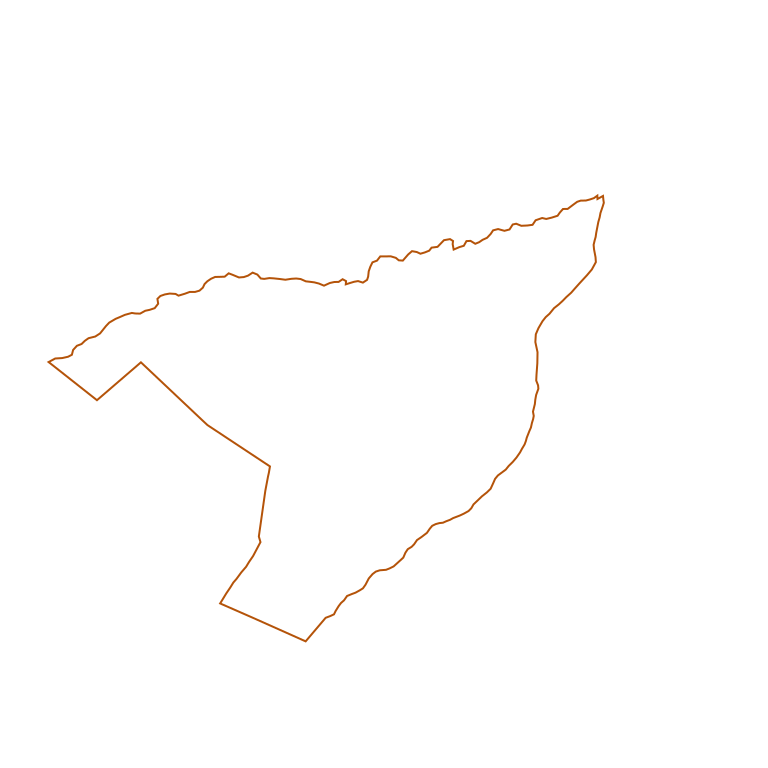 Governador Nunes Freire, Maranhão, Brazil, rotated 61°
{"feature_id": "56859067B42446193818241", "entity_name": "Governador Nunes Freire", "entity_type": "district", "adm_level": 2, "iso_a3": "BRA", "parent_name": "Brazil", "parent_adm1": "Maranhão", "projection": "natural_earth1", "projection_center": [-45.838, -2.038], "detail": "fine", "context": "isolated", "style": "outline", "palette": "amber", "viewbox_px": 768, "rotation_deg": 61, "n_neighbors": 0, "source": "geoboundaries", "source_scale": "gbopen_adm2", "svg_char_len": 3213}
<svg xmlns="http://www.w3.org/2000/svg" viewBox="0 0 768 768"><g transform="rotate(61 384 384)"><path d="M325.7,101.3L325.7,107.6L322.7,106.1L323.2,110.3L322.4,114.6L321.4,118.5L319.0,123.0L318.3,126.7L318.9,131.4L319.9,138.5L317.7,142.6L319.3,147.1L321.0,150.6L319.8,156.6L318.3,162.1L315.5,165.2L314.3,172.0L316.8,176.9L314.9,181.7L312.2,187.2L307.9,190.7L306.9,194.1L309.7,199.3L308.4,204.4L303.8,209.1L302.5,214.1L304.5,218.0L306.1,223.0L305.7,227.9L306.1,232.0L305.6,236.2L300.8,238.9L299.0,242.6L301.8,247.2L300.8,251.8L300.2,257.9L294.9,256.1L292.4,254.3L289.3,256.0L287.3,261.8L290.0,270.7L287.8,276.3L289.3,279.8L288.7,284.6L287.7,289.0L284.5,291.3L281.4,295.1L282.4,300.0L285.2,307.7L283.0,311.1L279.4,312.5L275.6,316.2L272.6,321.8L270.6,325.4L272.7,330.3L272.0,335.1L274.8,339.1L278.0,342.7L282.4,345.8L284.7,348.3L285.1,353.3L281.4,356.8L280.1,360.6L279.2,364.7L278.3,369.1L275.6,367.3L272.3,369.4L272.7,374.2L270.7,378.0L269.4,382.4L268.9,388.8L264.6,392.2L261.3,395.7L258.8,399.1L256.3,402.6L251.8,406.0L249.2,409.6L247.1,414.0L245.0,419.7L241.6,424.3L238.1,429.3L235.8,432.9L234.0,437.8L232.0,440.6L226.9,441.7L222.9,444.9L223.3,450.4L222.5,454.8L220.5,459.2L215.2,463.4L211.9,466.2L212.9,471.3L210.5,476.0L208.5,479.8L208.1,484.2L208.5,488.7L209.6,492.5L211.9,495.7L212.9,500.1L211.9,504.5L209.3,509.3L208.5,514.4L207.1,520.9L204.2,522.6L201.0,527.6L199.4,532.3L198.6,536.9L199.7,540.9L204.3,542.6L206.5,547.8L205.5,553.1L204.2,557.3L204.2,563.2L201.7,567.4L199.6,570.1L197.9,577.1L197.4,582.6L196.9,587.1L197.1,594.6L198.5,599.0L202.1,607.8L202.5,613.5L200.7,620.2L201.2,624.7L202.4,629.1L201.7,634.1L203.5,639.4L207.1,642.8L207.0,647.1L205.3,652.9L202.3,659.2L202.2,666.7L259.0,642.9L247.2,586.1L327.3,560.6L334.4,558.3L400.8,523.7L405.9,527.8L408.7,530.3L419.9,539.6L456.7,567.4L462.4,568.7L471.0,581.9L474.2,588.3L477.0,593.2L479.6,600.2L483.0,607.6L484.6,612.0L487.4,617.0L490.7,623.5L496.5,633.7L523.5,613.1L571.1,577.3L560.2,548.4L560.9,543.6L561.2,539.4L559.1,536.4L556.3,531.4L554.7,527.8L553.8,523.8L551.5,519.1L552.1,514.0L552.7,510.1L552.7,505.2L552.5,501.5L550.6,497.5L546.7,491.6L544.7,486.2L544.1,482.1L544.9,478.0L547.5,472.3L548.0,468.5L548.2,464.0L546.9,458.4L545.2,451.3L541.9,447.0L540.0,443.3L539.8,438.8L538.8,435.4L536.5,430.8L536.0,425.4L535.0,418.6L532.8,414.2L531.4,410.6L531.6,406.7L532.5,403.0L533.9,399.7L534.2,396.1L534.8,392.1L534.8,388.5L535.8,381.5L536.1,377.0L536.1,371.7L535.0,367.9L532.7,364.1L529.7,352.7L528.7,346.6L527.3,341.5L523.7,336.6L520.8,332.8L519.2,328.7L517.9,319.0L516.1,314.6L514.6,309.2L512.6,303.9L509.8,298.2L507.6,294.8L505.0,290.3L502.6,287.5L500.2,285.2L495.5,279.5L493.3,276.6L489.9,273.6L486.9,270.5L484.5,268.5L480.4,267.1L474.7,261.8L471.1,259.3L467.3,256.2L463.0,251.3L459.9,249.9L454.8,249.2L450.1,246.3L440.3,239.9L430.6,234.3L420.7,231.3L414.1,227.1L410.0,221.8L405.9,214.9L403.9,210.1L402.8,205.2L400.1,198.5L399.1,192.4L397.8,187.1L396.4,182.5L394.9,176.0L393.0,170.7L390.8,164.4L387.3,153.8L384.6,146.7L380.1,139.6L375.6,137.5L368.0,135.0L363.9,133.2L360.5,130.1L358.0,127.6L354.8,125.2L346.2,118.0L342.8,114.6L339.4,111.8L334.6,106.5L332.1,103.9L329.2,102.8L325.7,101.3Z" fill="none" stroke="#b45309" stroke-width="2"/></g></svg>